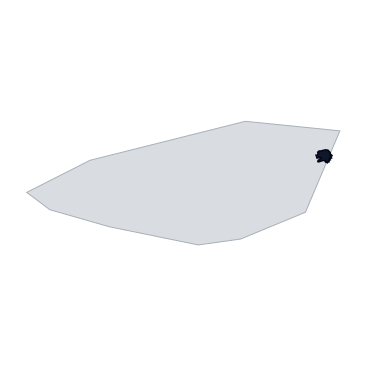 location of Black Bay, Laborie, Saint Lucia, rotated 254°
{"feature_id": "8701671B96951790647096", "entity_name": "Black Bay", "entity_type": "district", "adm_level": 2, "iso_a3": "LCA", "parent_name": "Saint Lucia", "parent_adm1": "Laborie", "projection": "equal_earth", "projection_center": [-60.985, 13.744], "detail": "fine", "context": "in_parent", "style": "filled", "palette": "ink", "viewbox_px": 384, "rotation_deg": 254, "n_neighbors": 0, "source": "geoboundaries", "source_scale": "gbopen_adm2", "svg_char_len": 3111}
<svg xmlns="http://www.w3.org/2000/svg" viewBox="0 0 384 384"><g transform="rotate(254 192 192)"><path d="M245.3,262.6L210.0,351.0L141.3,295.5L133.4,225.7L139.4,183.4L181.5,102.7L214.2,50.4L237.2,33.0L250.6,102.6L245.3,262.6Z" fill="#d9dde1" stroke="#a8b0b8" stroke-width="1"/><path d="M186.0,322.0L186.1,325.0L186.2,326.5L185.6,328.4L185.4,328.3L185.1,328.3L184.7,328.5L184.5,328.8L184.5,328.7L184.3,328.6L184.2,328.7L183.9,328.7L183.8,328.8L183.7,328.9L183.7,329.0L183.4,329.3L183.3,329.6L183.3,329.8L183.2,329.9L183.3,329.9L183.3,330.0L183.4,330.3L183.4,330.5L183.3,330.8L183.3,330.7L183.2,330.8L183.2,331.0L183.3,331.1L183.3,331.3L183.3,331.5L183.4,331.4L183.4,331.6L183.5,331.8L183.5,332.0L183.8,331.9L184.0,332.0L184.1,332.3L184.3,332.4L184.5,332.5L184.8,332.7L184.7,332.7L184.7,332.8L184.8,332.9L184.8,333.0L184.9,332.9L184.9,332.7L185.0,332.6L185.3,332.5L185.5,332.5L185.8,332.6L185.9,332.8L185.9,333.0L185.9,333.3L186.0,333.4L186.0,333.5L185.9,333.7L186.0,333.7L186.0,333.8L185.9,334.0L185.9,334.3L185.9,334.5L186.0,334.6L185.9,334.7L186.0,334.9L186.1,335.0L186.3,335.2L186.3,335.3L186.5,335.2L186.5,335.3L186.7,335.2L186.8,335.1L186.9,334.8L187.0,334.6L187.3,334.5L187.5,334.9L187.7,335.0L187.7,335.3L187.8,335.4L187.7,335.6L187.7,335.4L187.6,335.2L187.3,335.0L187.5,335.2L187.6,335.3L187.7,335.5L187.8,335.9L187.9,336.0L188.0,336.2L188.3,336.0L188.5,336.0L188.8,336.1L188.9,335.9L189.0,335.9L189.0,336.0L189.1,335.9L189.3,335.9L189.3,336.0L189.4,335.9L189.5,335.9L189.7,335.7L189.7,335.8L189.8,335.8L189.8,335.7L189.9,335.8L190.0,335.7L190.0,335.8L190.0,335.7L190.3,335.5L190.3,335.4L190.6,335.4L190.8,335.4L191.0,335.4L191.3,335.5L191.5,335.4L191.6,335.5L191.9,335.7L194.2,334.5L194.5,334.4L194.8,334.1L194.9,333.8L194.9,333.5L195.0,333.5L195.0,333.4L195.2,333.2L195.2,332.9L195.3,332.7L195.4,332.4L195.5,332.3L195.7,332.2L195.8,331.6L195.8,331.2L195.8,330.8L195.8,330.7L195.7,330.4L195.7,330.2L195.8,330.0L195.9,329.8L195.9,329.7L196.0,329.4L196.0,329.2L195.9,328.9L195.9,328.6L195.8,328.3L195.8,328.2L195.8,327.9L195.9,327.7L195.9,327.1L196.0,326.9L196.2,326.5L196.2,326.4L196.3,326.0L196.3,325.9L196.3,325.7L196.2,325.6L196.2,325.4L196.3,325.3L196.3,325.2L196.1,325.0L196.0,324.9L196.0,324.6L195.9,324.4L195.9,324.2L195.4,323.9L195.2,323.7L193.4,323.6L193.4,323.4L193.3,323.2L193.2,323.1L193.0,322.9L193.0,322.6L192.9,322.4L193.0,322.2L192.9,322.0L192.9,321.8L193.0,321.6L193.1,321.4L190.1,321.5L190.1,321.8L190.1,322.2L190.3,322.6L190.4,322.9L190.2,322.8L190.0,323.0L189.9,323.1L189.9,323.3L190.1,323.6L190.3,323.8L190.3,324.0L190.2,324.0L189.9,324.0L189.7,324.0L189.6,324.3L189.7,324.5L189.8,324.5L190.0,324.6L190.0,324.8L189.9,324.9L189.7,325.1L189.4,325.2L189.2,325.2L189.3,325.0L189.3,324.9L189.2,324.7L189.0,324.8L188.8,324.9L188.8,325.0L188.7,324.9L188.7,324.7L188.5,324.4L188.4,324.3L188.3,324.2L188.2,324.2L188.0,323.9L187.9,323.8L187.7,323.7L187.7,323.4L187.9,322.7L187.9,322.4L187.7,322.3L187.6,322.2L187.6,322.3L187.4,322.5L187.2,322.5L187.1,322.4L187.0,322.2L187.1,321.9L186.9,321.9L186.6,321.7L186.4,321.5L186.0,322.0Z" fill="#0f172a" stroke="#020617" stroke-width="1.5"/></g></svg>